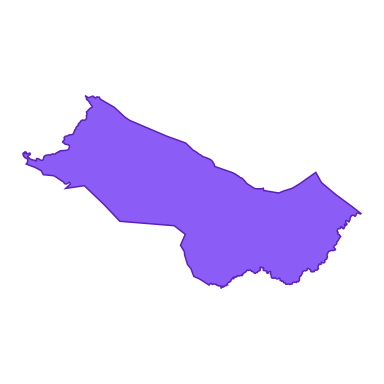 outline of Cecerleg, Arhangay, Mongolia
{"feature_id": "93677404B12707642123499", "entity_name": "Cecerleg", "entity_type": "district", "adm_level": 2, "iso_a3": "MNG", "parent_name": "Mongolia", "parent_adm1": "Arhangay", "projection": "albers", "projection_center": [101.208, 48.955], "detail": "fine", "context": "isolated", "style": "filled", "palette": "violet", "viewbox_px": 384, "rotation_deg": 0, "n_neighbors": 0, "source": "geoboundaries", "source_scale": "gbopen_adm2", "svg_char_len": 5877}
<svg xmlns="http://www.w3.org/2000/svg" viewBox="0 0 384 384"><path d="M315.8,172.4L299.8,183.7L292.4,188.2L283.7,191.0L278.8,193.0L263.8,190.5L263.3,188.3L260.7,188.8L255.4,188.7L254.1,188.2L247.5,184.0L246.1,182.8L245.3,181.6L242.4,178.5L241.4,177.9L240.1,177.5L238.3,176.0L237.1,175.4L235.9,174.4L232.6,172.7L214.9,166.5L214.6,166.1L214.4,164.6L212.3,161.2L210.6,159.6L206.5,157.8L203.3,156.8L200.7,155.0L199.5,154.5L195.7,151.6L194.3,150.8L193.5,150.5L185.6,143.0L166.8,136.2L129.7,120.4L125.1,117.3L114.3,107.3L100.2,99.1L99.4,97.2L96.8,96.9L95.7,97.9L94.4,97.5L94.0,96.9L93.4,96.3L92.2,96.2L89.6,97.4L87.9,97.5L85.2,95.6L86.4,97.7L86.5,99.3L88.5,100.9L89.0,101.6L89.9,103.2L91.3,105.3L91.9,105.9L92.2,106.9L92.1,107.2L90.2,108.2L89.3,109.0L88.4,110.2L86.5,111.9L86.5,112.6L87.1,113.6L87.1,114.0L87.1,114.3L86.3,115.5L86.7,117.6L86.0,119.2L85.2,119.9L84.3,120.3L83.9,120.3L82.8,120.0L82.1,120.1L80.6,121.2L80.5,121.7L80.1,122.1L79.8,122.7L78.7,123.4L78.3,124.1L78.2,124.5L78.4,125.4L78.2,125.6L77.0,126.3L76.1,127.4L75.9,128.8L74.7,130.0L74.4,131.0L73.7,132.9L73.0,134.0L72.4,134.5L71.1,134.8L69.5,134.8L66.8,136.1L65.4,136.2L64.2,137.4L64.1,138.1L64.5,139.1L64.5,139.7L62.9,141.3L62.7,141.7L62.8,142.2L63.3,142.9L64.4,143.1L65.1,144.2L68.4,144.8L69.3,145.5L69.4,146.1L69.1,148.2L68.6,149.1L68.1,149.7L66.6,150.3L60.8,150.7L59.5,151.1L59.2,151.4L59.1,151.9L58.4,151.8L57.5,152.5L56.3,152.9L55.3,154.0L54.9,154.2L53.6,153.9L52.4,154.0L51.0,154.5L50.2,155.2L48.9,154.8L45.5,155.4L44.4,156.2L43.9,156.9L43.2,159.6L42.6,160.1L42.0,160.3L41.3,160.3L40.4,160.0L38.9,159.0L37.7,158.6L36.8,158.5L36.4,159.0L36.4,160.7L36.1,161.1L34.7,160.3L32.8,160.0L32.1,159.6L30.9,159.4L30.0,158.8L29.2,157.9L28.6,157.7L27.9,157.1L27.7,156.7L27.7,156.4L28.5,155.9L28.9,155.2L29.6,155.0L30.1,154.6L30.2,153.7L29.9,153.1L29.3,153.1L28.5,153.5L26.8,153.8L26.5,153.5L26.3,152.4L26.1,152.1L25.1,151.8L24.7,152.2L24.8,153.3L24.7,153.4L24.3,152.9L24.0,152.7L23.2,153.1L23.0,153.7L23.2,155.2L23.9,156.5L25.0,157.7L26.9,158.6L27.6,159.2L27.7,160.3L27.5,162.6L26.5,163.4L26.2,164.1L35.3,167.5L41.2,170.7L43.3,174.7L53.5,175.7L54.3,176.1L56.7,177.4L58.5,178.8L63.8,182.2L64.0,182.8L64.6,183.6L65.6,184.0L66.8,183.9L69.2,182.3L69.6,182.4L69.8,182.6L70.4,184.0L65.7,188.4L84.3,185.7L103.4,203.9L119.9,221.3L174.2,225.7L185.3,234.3L180.5,245.3L184.3,251.6L184.7,255.3L187.6,264.7L190.9,268.6L193.8,276.4L199.8,279.1L208.9,285.0L208.9,284.5L209.2,284.2L210.9,283.8L211.2,283.4L212.3,284.4L213.3,284.2L213.9,283.8L214.9,284.0L215.3,284.5L216.0,284.4L216.6,284.9L217.0,284.8L217.2,285.0L217.3,285.5L218.4,285.6L219.1,286.0L219.5,285.8L220.2,286.0L220.6,285.9L221.0,286.3L221.0,286.8L221.3,287.1L221.3,287.4L221.0,287.6L221.1,287.9L220.6,288.4L221.3,288.0L222.0,287.1L222.8,287.2L222.8,286.5L223.0,286.1L224.0,286.6L224.8,286.1L225.4,285.4L226.4,285.6L226.8,285.0L227.5,284.9L227.1,284.4L227.1,284.1L227.9,283.0L228.8,282.2L229.6,282.1L229.7,281.5L230.6,281.4L231.0,280.1L231.3,279.9L232.6,278.0L232.9,278.1L233.4,278.7L233.7,278.7L233.8,278.4L233.6,277.4L233.8,277.1L234.2,277.0L235.0,277.4L235.8,276.8L236.7,276.9L236.9,276.5L236.9,276.0L237.2,275.7L237.8,276.0L238.4,275.7L239.3,276.0L240.7,275.5L242.1,275.5L242.4,275.2L241.9,274.8L243.2,273.9L244.2,272.7L245.8,271.9L246.5,271.1L247.1,270.1L248.8,270.4L249.9,270.0L250.5,270.2L251.6,271.3L252.8,271.6L254.6,273.3L255.2,273.4L256.2,272.7L257.3,272.4L257.7,271.7L258.3,271.2L260.1,270.5L260.4,268.7L259.9,268.0L259.9,267.7L260.0,267.4L260.5,267.2L261.1,267.2L262.1,267.7L263.4,267.7L263.7,268.2L263.2,269.3L263.3,270.1L264.0,270.7L265.2,270.6L265.8,270.9L266.7,271.1L266.9,271.6L266.8,272.7L267.3,273.4L267.9,273.3L269.0,271.9L269.4,271.6L270.2,271.5L270.5,271.7L270.7,272.0L270.7,272.5L270.4,273.4L270.4,274.0L271.0,274.8L271.3,275.7L271.3,277.0L271.5,277.5L272.0,278.0L273.4,278.3L274.0,278.2L274.9,277.6L275.2,277.6L276.3,278.7L277.3,279.0L277.7,278.9L279.2,278.2L279.8,278.3L280.1,278.9L280.0,279.9L280.2,280.4L281.0,280.6L281.6,281.3L282.2,280.9L282.7,280.9L283.2,281.5L283.6,282.6L284.1,282.9L284.9,282.7L285.5,283.6L285.8,284.2L286.3,284.4L288.6,284.0L289.1,284.1L289.6,284.5L291.0,284.1L291.8,284.1L292.2,283.8L292.8,282.5L295.1,282.1L296.3,282.5L296.6,282.2L296.8,281.7L297.1,281.5L298.4,281.7L299.0,281.0L299.4,280.1L299.4,279.1L299.6,278.0L299.4,277.2L299.7,276.7L301.0,275.8L301.6,274.9L301.9,273.7L302.5,273.0L302.5,271.9L302.8,271.5L304.1,270.6L305.5,270.9L306.5,270.4L307.2,269.9L307.3,268.8L308.4,268.3L310.5,270.0L310.8,270.8L310.8,271.4L311.5,271.8L313.7,271.8L314.3,271.4L314.3,270.8L314.6,270.5L315.1,270.3L317.0,270.1L318.5,268.7L318.1,267.8L318.0,267.3L318.1,266.4L318.6,265.5L318.8,264.3L319.3,264.1L320.8,264.3L321.2,264.1L321.5,263.4L321.5,262.2L323.4,262.9L324.1,262.8L324.7,262.3L324.9,261.4L324.7,260.3L325.1,259.9L326.4,259.3L326.8,258.9L327.1,257.9L327.4,256.6L327.1,255.6L327.0,254.6L327.1,254.1L327.9,253.1L328.2,252.1L329.2,251.3L330.8,250.6L331.8,250.4L333.0,250.6L334.6,250.2L335.4,249.7L335.5,249.4L333.7,247.1L333.8,246.7L334.3,245.9L336.7,243.9L336.7,242.6L336.9,241.9L338.7,239.8L339.0,238.8L340.7,236.5L340.5,236.2L339.6,235.6L339.4,234.8L337.8,234.0L337.7,233.5L338.1,232.6L338.1,232.3L337.1,231.1L337.2,230.4L338.0,228.9L338.4,228.6L339.6,228.7L340.2,228.4L340.4,228.2L340.7,226.9L341.3,226.6L341.9,227.1L342.5,228.3L342.8,228.5L343.5,228.8L343.9,228.5L344.1,228.3L344.0,227.7L344.2,227.4L344.9,226.4L345.1,225.6L345.0,225.3L344.4,224.6L344.4,224.4L344.7,224.3L345.7,225.1L346.0,225.2L346.7,224.8L346.9,224.2L346.8,223.5L345.6,222.6L345.8,220.9L346.0,220.5L347.4,220.9L348.9,221.9L349.4,221.2L349.5,220.3L350.0,219.7L350.1,218.1L350.8,216.7L351.2,216.3L351.3,215.6L353.3,215.2L354.1,215.6L354.6,216.1L355.3,216.2L355.6,215.9L356.8,213.4L357.5,212.8L358.3,212.8L359.0,213.4L359.8,213.8L360.7,213.9L361.0,213.6L351.8,206.4L335.6,194.5L321.5,182.6L315.8,172.4Z" fill="#8b5cf6" stroke="#5b21b6" stroke-width="1.5"/></svg>